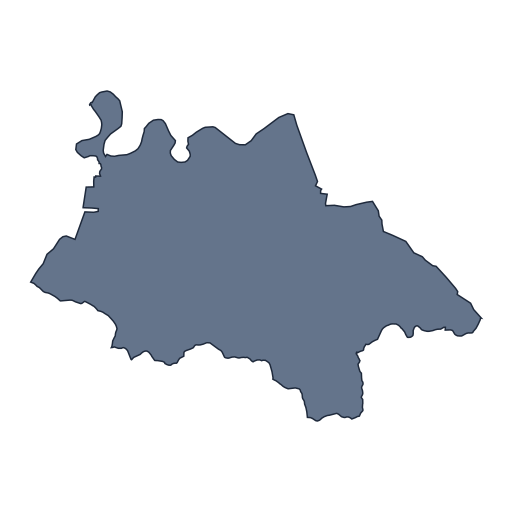 Birchis, Arad, Romania (orthographic projection)
{"feature_id": "2599482B17966040812815", "entity_name": "Birchis", "entity_type": "district", "adm_level": 2, "iso_a3": "ROU", "parent_name": "Romania", "parent_adm1": "Arad", "projection": "orthographic", "projection_center": [22.196, 45.958], "detail": "fine", "context": "isolated", "style": "filled", "palette": "slate", "viewbox_px": 512, "rotation_deg": 0, "n_neighbors": 0, "source": "geoboundaries", "source_scale": "gbopen_adm2", "svg_char_len": 6038}
<svg xmlns="http://www.w3.org/2000/svg" viewBox="0 0 512 512"><path d="M344.2,417.5L345.4,417.4L346.8,416.9L348.5,417.0L350.3,417.8L351.8,419.0L355.6,417.5L357.2,416.6L359.4,416.1L360.6,413.2L362.8,410.7L362.9,410.3L362.9,409.6L362.4,407.4L362.6,404.3L362.8,403.4L362.7,399.5L361.5,397.8L361.3,397.4L361.5,396.5L362.5,394.7L362.8,393.3L362.7,392.2L362.5,390.7L361.7,388.3L361.6,387.3L361.9,386.3L362.8,384.7L363.0,384.1L363.0,383.0L362.7,381.9L361.8,380.5L361.7,380.0L361.8,379.2L361.6,378.4L361.4,373.2L360.0,371.6L359.8,371.2L358.4,366.5L358.0,364.2L359.5,362.0L359.9,360.5L359.6,360.3L359.2,359.1L358.2,357.5L357.8,356.1L356.3,353.9L356.2,353.4L356.5,352.5L356.7,352.3L356.8,353.0L357.3,352.9L359.5,351.7L360.7,351.2L362.5,350.7L363.3,350.2L363.6,349.8L363.6,348.8L364.4,346.6L365.1,345.7L365.8,344.3L367.8,344.5L368.9,344.3L372.4,341.7L375.3,340.2L377.5,339.3L381.5,330.5L382.5,328.9L383.8,327.6L386.6,325.7L388.2,325.2L390.4,324.2L392.1,323.9L396.2,324.0L398.6,325.3L399.5,326.1L400.3,326.9L400.8,327.8L401.9,328.6L404.7,332.0L405.7,334.4L407.2,337.0L407.5,337.3L408.1,337.4L409.9,337.3L410.8,337.1L412.5,335.9L412.9,335.4L413.2,333.8L413.2,331.4L413.2,330.5L414.2,327.8L414.9,326.8L416.3,325.9L417.3,325.8L417.8,326.0L420.4,328.1L421.3,329.4L422.0,329.9L424.3,330.7L427.1,331.3L429.0,331.3L432.8,330.6L435.3,329.7L437.6,329.2L440.7,329.1L443.8,327.3L445.4,327.3L445.2,330.1L450.3,329.9L452.1,330.3L453.0,331.1L454.4,333.6L454.8,334.2L455.8,335.0L457.4,335.8L459.9,336.0L461.4,336.0L462.0,335.8L465.2,334.0L466.6,333.3L468.6,332.9L469.2,333.0L471.6,332.9L472.2,332.8L472.9,332.3L473.3,331.4L476.0,328.3L478.1,324.4L480.3,319.6L480.4,318.6L480.8,318.0L481.3,318.1L473.7,309.6L470.6,303.2L457.2,294.5L457.7,291.6L455.6,288.4L446.2,277.3L436.1,266.3L432.7,265.7L425.3,260.2L422.4,256.8L413.8,252.8L405.8,241.4L392.8,235.4L383.4,231.5L382.0,224.1L381.8,220.1L379.1,216.2L378.3,210.8L372.5,201.4L366.6,202.2L356.2,204.6L350.6,206.5L343.9,206.9L334.4,205.3L325.8,205.7L325.5,203.4L327.2,194.2L320.6,193.4L320.6,190.6L321.6,189.1L315.5,185.8L317.5,181.5L315.3,175.1L306.7,152.8L296.8,125.2L293.8,114.8L287.9,113.6L278.8,117.5L263.9,128.7L256.2,133.9L251.2,140.7L245.3,144.8L239.5,144.7L235.4,143.4L215.2,127.5L212.9,126.8L205.2,127.3L202.7,128.3L196.3,132.2L192.4,135.3L188.0,137.8L187.9,141.2L188.5,144.3L187.1,146.2L186.6,147.9L189.3,151.2L190.2,154.2L190.2,156.3L187.5,160.4L185.0,162.0L181.1,162.4L177.7,162.0L174.3,159.4L171.2,155.7L170.3,153.1L170.4,150.5L173.9,145.2L175.1,143.0L175.4,140.6L170.8,135.4L168.5,130.8L165.4,123.6L163.1,120.7L161.2,119.6L158.0,119.5L153.4,120.2L148.8,123.3L146.1,126.7L144.4,128.5L144.2,131.6L143.0,135.4L142.1,138.9L141.6,141.6L140.2,145.2L138.0,148.7L135.3,150.9L130.5,153.3L126.9,154.7L118.7,155.4L114.6,156.3L110.8,156.0L107.0,154.4L105.5,156.5L103.6,153.1L103.2,150.4L104.0,144.3L105.1,140.4L107.8,137.1L110.5,134.0L118.0,128.6L120.9,126.3L121.7,123.8L122.1,117.8L122.3,111.8L119.7,100.8L118.0,98.8L115.6,96.7L113.3,94.2L110.2,91.9L107.1,91.0L101.8,92.0L99.6,92.7L97.2,94.8L95.3,96.8L92.3,102.3L92.1,102.1L90.7,102.8L89.6,104.5L89.7,105.0L91.3,103.9L90.8,104.8L93.6,109.4L95.3,111.5L99.0,116.8L101.1,120.2L101.6,122.5L101.8,124.7L101.3,128.5L100.4,131.6L99.6,133.6L98.4,134.9L96.0,136.4L89.3,139.3L81.9,140.6L76.5,144.0L75.8,149.6L77.4,152.4L81.2,155.8L84.2,157.8L88.6,156.4L89.8,155.7L93.0,155.7L95.8,156.0L96.9,156.9L97.5,158.3L97.6,159.9L98.0,160.2L99.1,162.0L99.1,163.5L100.4,163.6L100.9,164.8L101.0,166.0L101.6,167.6L101.5,169.1L100.3,170.6L99.7,171.9L99.6,173.8L100.3,175.3L100.5,176.2L95.7,176.0L95.6,177.1L94.1,177.0L93.7,181.3L93.8,186.9L86.2,187.1L83.1,207.3L83.1,207.7L91.6,208.0L98.3,208.6L98.2,211.4L93.7,212.3L84.9,211.9L75.0,239.4L66.3,236.0L62.9,236.7L59.6,239.3L53.5,248.8L47.0,254.3L43.2,263.7L38.8,269.0L35.8,273.4L30.7,282.1L34.0,283.4L35.9,285.1L37.1,286.4L39.4,287.6L43.3,291.5L45.1,292.4L48.3,293.0L50.2,293.8L55.0,296.5L57.4,298.3L60.2,300.8L60.6,300.9L69.9,300.1L71.9,300.2L72.8,300.5L75.4,301.8L80.7,303.6L81.8,303.4L84.5,301.4L84.9,301.4L86.6,302.2L90.6,304.3L93.1,305.9L93.7,306.1L95.1,307.4L97.2,309.7L97.8,310.6L100.7,311.3L102.2,311.9L103.1,312.3L104.6,313.4L108.3,315.6L113.2,321.0L115.4,324.2L116.2,325.9L117.0,328.6L116.7,330.0L115.8,332.2L115.5,333.5L115.2,336.1L114.3,337.6L112.7,341.0L112.4,343.6L111.9,346.4L111.3,347.6L112.9,347.4L114.2,346.9L118.3,348.3L121.5,348.3L122.6,347.7L123.4,347.6L124.4,347.9L125.3,348.4L126.2,349.1L127.6,350.7L131.0,359.3L131.4,359.7L131.6,359.7L133.7,357.4L140.2,354.4L141.5,353.1L143.1,351.9L144.3,351.3L145.9,351.0L146.9,351.1L147.7,351.5L148.8,352.2L149.5,353.0L151.1,355.0L151.9,356.5L154.6,360.3L154.9,360.5L157.7,360.6L162.6,361.4L164.6,362.4L164.9,363.5L167.0,364.6L168.5,365.1L169.4,365.2L170.6,365.2L171.0,365.0L172.1,364.0L173.3,363.5L174.9,363.2L176.5,363.2L177.2,362.5L178.5,360.0L179.7,358.3L183.8,356.2L183.9,352.8L184.0,352.3L184.3,351.8L184.9,351.2L186.3,350.5L190.6,349.0L192.9,347.9L193.4,347.6L194.4,346.0L195.2,345.2L196.3,344.8L198.3,345.0L200.3,344.9L203.3,344.1L206.2,342.9L207.0,342.7L210.0,342.9L218.5,349.2L220.7,350.4L221.2,350.9L222.2,352.2L224.4,356.9L224.7,357.3L225.4,357.7L227.2,358.1L228.8,358.1L232.0,357.1L234.7,356.9L238.1,357.9L239.7,357.9L241.2,357.5L243.9,357.3L245.2,357.6L247.0,357.3L247.6,357.5L250.0,359.0L250.5,359.7L251.7,361.0L253.0,361.8L253.4,361.7L254.2,361.1L257.1,360.0L259.5,359.9L260.4,360.1L261.6,360.7L263.0,360.2L264.7,360.3L265.1,360.2L266.5,361.0L268.9,362.7L270.0,364.6L272.0,371.7L273.0,377.6L273.0,378.5L272.8,379.1L274.3,380.0L275.9,380.7L278.7,382.7L279.6,383.6L281.0,384.5L282.9,386.2L284.1,387.0L285.2,387.6L288.1,388.8L295.3,387.9L299.2,388.9L299.9,389.5L300.1,389.8L300.7,391.7L301.6,393.0L301.9,393.5L302.2,394.9L302.4,397.5L302.7,398.6L303.9,400.4L304.4,401.6L304.6,404.0L305.9,407.5L306.8,411.8L307.4,417.4L310.4,417.6L311.2,417.9L312.5,418.5L315.8,420.7L317.4,421.0L319.1,420.4L320.1,419.8L321.9,418.1L324.2,416.7L327.3,415.5L329.5,415.2L336.4,413.4L336.9,413.4L338.7,414.3L341.5,416.7L344.2,417.5Z" fill="#64748b" stroke="#1e293b" stroke-width="1.5"/></svg>